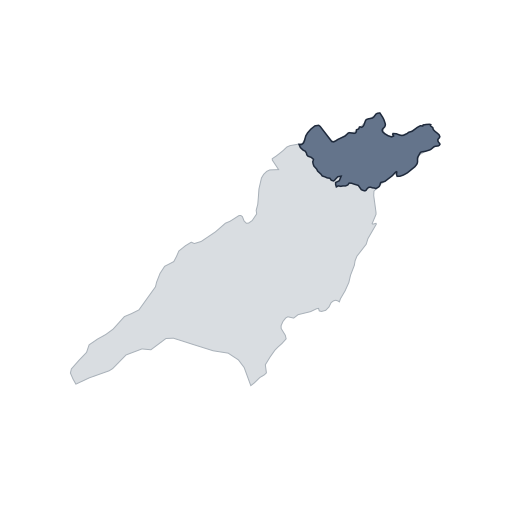 location of Kakheti within Georgia, rotated 301°
{"feature_id": "GEO-3033", "entity_name": "Kakheti", "entity_type": "Region", "adm_level": 1, "iso_a3": "GEO", "parent_name": "Georgia", "parent_adm1": "", "projection": "equal_earth", "projection_center": [45.882, 41.802], "detail": "fine", "context": "in_parent", "style": "filled", "palette": "slate", "viewbox_px": 512, "rotation_deg": 301, "n_neighbors": 0, "source": "natural_earth", "source_scale": "10m", "svg_char_len": 4435}
<svg xmlns="http://www.w3.org/2000/svg" viewBox="0 0 512 512"><g transform="rotate(301 256 256)"><path d="M259.6,351.1L259.7,349.6L259.2,347.2L257.4,345.5L254.7,344.4L249.8,344.8L245.3,343.7L242.2,340.7L241.5,338.5L243.3,336.6L242.0,335.1L236.4,331.4L227.4,322.3L222.2,320.3L220.3,314.6L218.2,313.4L213.9,312.8L209.2,313.4L208.2,314.0L206.8,314.9L203.1,322.0L200.5,324.5L194.3,323.3L189.2,321.7L185.0,320.7L176.8,320.1L167.6,320.0L161.2,325.1L158.5,324.4L153.9,321.9L146.3,319.9L142.2,318.3L154.3,303.3L157.9,294.4L158.1,289.0L158.4,282.2L152.7,268.1L147.9,248.2L143.0,227.5L138.9,221.3L121.5,214.2L117.6,206.1L104.3,195.6L85.6,191.1L81.9,189.2L65.9,176.0L53.4,167.6L56.3,162.5L60.1,157.2L64.1,155.9L75.6,158.0L86.1,160.4L93.9,158.7L103.1,162.9L111.4,167.7L119.8,171.2L136.3,174.4L142.4,178.9L149.5,183.4L177.8,185.7L180.1,185.0L182.2,184.3L191.7,182.7L200.1,183.0L208.9,188.4L214.6,188.1L220.6,187.3L228.4,190.2L234.5,193.4L234.9,196.7L240.2,201.5L255.8,208.8L268.4,212.9L272.3,215.8L281.9,220.6L282.9,222.1L282.7,224.1L279.9,227.7L279.1,230.9L280.4,232.7L284.4,234.5L292.4,234.9L295.3,232.6L301.2,230.9L307.1,228.0L315.0,224.0L325.7,220.5L330.0,220.5L334.1,221.6L336.9,223.5L341.7,230.9L346.6,220.6L347.8,219.8L352.2,221.9L359.9,224.8L365.3,226.3L368.2,228.4L376.4,237.8L389.6,237.3L395.3,238.7L398.3,240.3L399.6,242.1L397.2,251.4L393.9,261.1L394.2,263.5L399.5,267.2L406.8,271.1L410.7,274.2L413.4,277.0L419.1,279.1L425.9,280.4L429.1,280.6L432.4,282.9L441.2,287.4L442.3,288.5L440.8,291.3L437.4,296.5L434.6,299.1L431.5,299.6L428.5,300.7L427.4,303.5L427.3,307.1L427.8,309.7L428.6,310.7L431.7,311.5L434.8,319.0L439.7,322.9L447.2,327.2L454.0,332.1L457.3,336.7L456.7,340.0L454.5,346.9L448.9,352.6L444.2,354.1L442.6,353.5L439.5,351.7L433.3,347.3L426.6,343.8L421.5,344.9L418.1,346.3L411.4,344.7L403.5,341.7L399.4,338.7L397.6,336.5L398.8,332.6L380.9,325.6L372.3,323.7L368.4,325.8L355.2,336.4L353.6,337.4L343.5,338.9L343.5,339.8L345.8,342.0L345.4,342.7L328.5,343.0L322.8,344.4L307.8,342.6L302.9,343.4L298.6,345.1L288.3,346.9L281.2,349.2L272.1,350.3L262.8,350.4L259.6,351.1Z" fill="#d9dde1" stroke="#a8b0b8" stroke-width="1"/><path d="M373.8,235.4L374.5,236.8L375.1,237.7L377.1,238.5L379.7,238.2L384.6,236.8L388.1,236.8L393.1,237.7L397.9,239.5L400.3,242.4L400.1,244.3L393.1,262.0L393.8,263.8L395.6,265.0L398.0,266.1L404.7,270.6L408.9,271.7L409.8,272.5L411.5,276.6L412.1,277.5L413.0,278.0L414.1,278.0L414.5,277.9L415.3,277.3L415.9,277.1L416.2,277.3L417.3,278.2L417.8,278.5L418.9,278.4L419.7,278.2L420.3,278.6L420.7,280.3L422.2,281.0L424.1,281.0L427.6,280.3L428.2,280.2L428.7,280.1L429.2,280.2L429.8,280.3L431.4,281.6L434.1,284.7L435.8,285.4L439.4,285.7L440.9,286.6L442.4,288.5L440.1,293.2L438.8,295.3L436.2,298.4L435.3,299.2L434.3,299.6L433.0,299.8L430.2,299.1L428.9,299.3L427.7,300.5L427.1,303.2L427.1,307.3L427.9,310.9L429.6,312.2L430.1,311.8L430.4,311.0L430.8,310.4L431.6,310.4L431.8,310.8L433.1,313.4L433.2,314.0L433.7,317.1L434.3,318.8L435.3,320.2L438.5,322.3L439.2,322.7L440.5,323.0L443.3,325.6L449.3,328.0L452.3,329.8L453.3,332.0L454.2,331.7L454.7,332.0L455.1,332.7L456.3,334.0L458.3,336.9L458.6,338.1L457.9,338.1L457.4,338.7L457.3,339.3L457.2,340.7L457.1,341.3L456.8,341.8L455.9,342.5L455.6,343.0L455.0,345.2L454.7,347.9L454.2,350.5L453.8,351.0L453.0,352.1L451.8,352.3L450.6,352.0L449.4,351.9L448.2,352.7L447.5,354.0L447.1,355.3L446.6,356.1L445.3,356.1L444.2,355.5L442.4,353.2L441.4,352.3L437.8,351.1L436.5,350.4L432.9,347.2L431.1,345.0L430.2,344.0L429.1,343.6L424.5,343.7L423.1,344.0L421.5,345.0L419.9,346.0L418.7,346.4L417.3,346.6L414.3,346.2L405.2,342.9L402.1,341.1L401.0,340.4L398.4,338.2L397.0,335.9L398.4,334.3L399.8,333.8L400.6,333.3L400.5,332.8L399.1,332.3L395.1,331.5L386.4,328.1L384.4,326.2L383.5,325.2L382.6,325.1L380.6,325.7L379.4,325.8L378.4,325.6L375.5,324.1L375.3,322.7L374.9,321.7L374.4,320.7L374.0,318.7L372.8,317.2L370.9,316.6L369.0,316.5L367.9,315.8L367.4,314.2L367.1,312.1L369.2,307.3L368.1,303.0L367.6,300.5L366.5,298.3L364.2,298.1L362.2,296.7L360.9,294.5L359.3,292.7L358.5,290.4L356.6,289.3L358.2,287.5L360.0,286.4L363.4,288.6L368.3,287.9L366.1,285.3L363.1,284.6L361.7,284.4L360.3,283.9L359.7,281.5L360.7,279.3L359.6,276.8L359.4,274.6L358.7,271.5L359.6,269.6L360.5,265.1L361.7,263.3L362.9,259.3L364.4,257.5L366.0,256.1L367.3,255.9L368.5,255.5L369.0,252.4L368.3,249.2L368.9,247.4L370.2,246.2L371.2,244.2L371.0,241.8L371.8,238.2L373.8,235.4L373.8,235.4Z" fill="#64748b" stroke="#1e293b" stroke-width="1.5"/></g></svg>